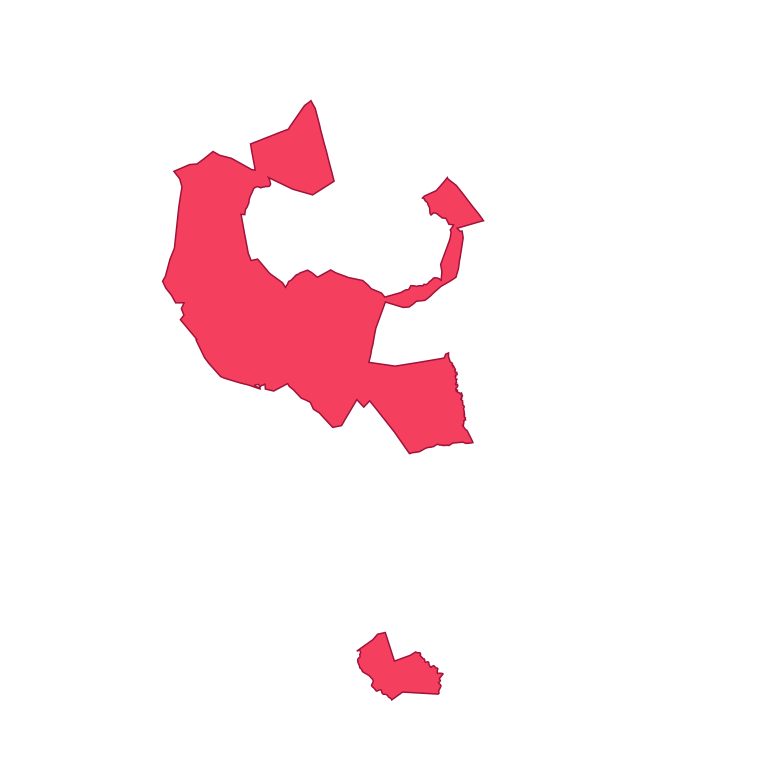 Asunción Nochixtlán, Oaxaca, Mexico, rotated 328°
{"feature_id": "50627088B53050207097462", "entity_name": "Asunción Nochixtlán", "entity_type": "district", "adm_level": 2, "iso_a3": "MEX", "parent_name": "Mexico", "parent_adm1": "Oaxaca", "projection": "natural_earth1", "projection_center": [-97.155, 17.382], "detail": "fine", "context": "isolated", "style": "filled", "palette": "rose", "viewbox_px": 768, "rotation_deg": 328, "n_neighbors": 0, "source": "geoboundaries", "source_scale": "gbopen_adm2", "svg_char_len": 6155}
<svg xmlns="http://www.w3.org/2000/svg" viewBox="0 0 768 768"><g transform="rotate(328 384 384)"><path d="M472.2,105.0L470.2,105.3L464.7,105.7L464.0,105.8L439.6,116.3L438.3,117.3L429.8,115.6L398.0,109.7L397.4,111.3L395.7,115.2L388.2,134.3L385.4,132.1L374.3,111.9L365.8,102.9L362.2,96.2L350.8,97.6L342.0,98.3L335.4,94.9L318.5,92.3L319.5,101.7L317.3,109.2L316.9,110.1L311.2,116.5L303.6,125.4L278.2,157.8L268.6,164.8L255.6,176.9L250.7,179.5L249.8,186.8L250.8,196.4L250.3,204.8L254.7,207.5L257.0,208.8L257.5,209.2L252.1,212.7L250.8,219.6L245.4,221.6L248.9,246.9L248.0,247.0L247.4,251.9L245.8,266.5L246.4,273.7L249.4,291.1L251.1,293.6L253.3,296.3L262.6,306.9L268.6,313.1L275.7,321.9L276.4,322.5L276.8,321.4L273.4,317.7L273.7,316.5L277.2,317.7L277.7,320.7L279.7,320.3L280.8,320.9L282.8,320.9L282.7,321.7L280.7,325.4L286.7,331.5L302.5,332.6L302.4,336.0L304.1,340.8L306.3,352.1L308.7,355.5L311.8,360.4L310.8,368.0L313.8,374.1L317.5,393.6L325.9,396.8L332.3,393.4L352.7,382.9L354.6,392.9L362.9,390.7L363.1,392.2L364.3,402.0L367.4,430.5L368.7,456.5L369.2,456.8L370.1,457.0L370.6,456.9L377.9,460.1L381.1,460.4L382.9,460.4L384.8,460.5L387.3,461.0L390.2,462.4L392.3,463.1L393.0,463.4L394.0,463.3L395.2,463.3L397.3,463.4L397.6,463.5L397.7,463.8L398.2,464.2L398.4,464.8L399.0,465.4L399.7,465.8L400.2,466.2L400.6,466.3L401.5,467.6L402.4,467.7L402.8,468.3L403.8,468.6L404.3,469.2L405.1,469.3L406.1,470.2L406.5,470.4L406.6,470.6L409.2,470.5L411.4,470.7L413.9,472.0L419.9,475.0L420.9,476.3L421.7,477.5L424.5,479.2L428.3,480.8L428.6,479.9L429.5,470.8L429.7,468.2L429.7,467.0L429.1,466.1L428.9,465.0L428.8,460.9L429.5,461.1L430.1,460.2L430.8,459.6L431.4,458.7L431.8,458.4L432.2,457.4L434.2,457.6L434.4,456.2L435.1,455.9L435.0,455.5L434.7,454.4L435.1,454.0L435.4,452.8L436.1,452.8L436.5,451.4L436.9,450.9L437.2,450.2L437.9,448.4L438.4,447.0L439.2,446.5L440.0,445.8L440.1,444.3L439.7,443.2L441.1,441.3L441.2,441.0L441.2,440.4L441.8,439.8L441.0,437.7L441.2,437.4L442.5,437.3L442.7,436.4L442.8,436.1L443.8,436.0L444.4,435.3L443.9,434.7L444.6,434.0L444.9,432.7L443.5,432.7L443.5,431.8L442.4,430.6L442.4,429.8L441.7,428.9L442.6,428.7L443.0,428.1L441.7,427.4L441.9,427.0L442.4,426.7L442.3,426.2L442.8,425.7L443.9,425.6L445.3,425.0L446.1,423.4L444.5,422.6L444.7,421.7L446.2,421.4L446.6,420.2L447.3,419.1L448.3,418.7L447.6,417.9L448.5,415.2L449.2,415.4L449.7,414.4L451.0,414.8L451.9,412.6L450.7,412.2L451.1,410.2L451.7,410.1L452.2,409.5L452.4,406.7L451.9,406.2L452.4,405.9L452.6,405.5L451.7,404.3L451.9,404.0L452.7,403.5L452.9,402.9L452.8,402.3L452.6,401.8L452.3,401.0L451.7,400.0L452.2,399.1L453.2,395.0L453.9,393.9L455.2,391.8L452.0,391.4L450.6,392.6L449.1,393.8L446.6,393.0L432.3,387.1L427.9,385.3L418.6,381.4L403.0,374.8L382.6,357.6L387.5,353.0L392.0,347.9L395.4,344.7L401.1,338.3L406.6,332.4L428.6,315.2L440.8,329.2L446.1,332.0L451.6,331.6L455.3,331.0L459.8,333.2L462.9,334.7L466.4,334.5L469.9,334.0L474.4,333.0L483.9,331.4L495.2,331.8L501.6,331.6L508.5,325.4L513.6,319.1L515.5,317.2L528.6,302.0L531.3,295.7L529.5,294.9L528.6,290.7L551.6,297.2L554.9,298.3L554.5,291.3L553.0,278.3L551.7,264.3L551.3,260.6L550.5,253.8L547.6,245.9L546.9,243.6L547.1,242.5L542.0,244.3L531.3,247.6L530.9,247.7L518.4,246.1L517.6,246.1L515.2,246.6L516.2,248.1L516.0,250.5L517.0,253.3L516.5,254.5L516.0,258.7L513.4,263.8L513.5,265.6L516.3,265.2L517.1,265.4L518.9,267.1L521.4,274.1L524.3,276.3L523.7,283.0L527.3,285.9L526.9,286.3L521.9,288.4L521.3,290.7L520.3,292.2L519.2,293.2L518.1,294.7L515.3,297.2L495.4,312.6L492.5,319.6L487.4,326.3L486.7,324.2L485.5,322.5L483.6,320.9L482.1,320.4L480.5,320.8L478.4,321.2L476.6,321.3L474.3,322.1L472.2,322.0L470.8,320.6L468.8,321.2L467.4,320.2L465.7,319.2L463.2,318.4L461.6,316.7L460.0,315.6L458.9,314.8L455.6,316.7L454.1,316.7L452.3,315.7L448.6,315.4L446.8,315.4L430.7,310.7L430.0,305.4L423.6,296.4L422.8,291.4L420.8,285.0L410.4,275.0L402.0,264.1L399.2,259.0L386.0,258.3L384.1,258.1L381.8,251.4L379.6,247.0L371.7,245.3L368.3,245.5L368.1,245.0L367.3,245.0L360.2,246.8L357.5,246.5L354.9,248.3L351.6,249.8L351.6,244.3L345.7,229.8L343.0,211.1L336.7,208.9L338.2,201.1L343.9,186.5L343.9,186.4L352.7,164.3L355.7,166.6L356.4,165.6L357.7,164.1L358.3,163.4L359.5,162.3L361.4,161.6L361.9,161.2L362.7,160.8L363.7,159.8L364.8,159.3L365.5,158.5L366.1,157.9L367.2,156.3L368.3,155.5L369.4,154.4L370.3,153.8L370.8,153.4L372.4,152.4L373.6,151.7L375.7,150.2L376.7,149.3L378.6,149.0L380.4,149.3L381.4,149.7L383.0,151.6L383.5,152.4L385.2,152.6L385.6,152.9L387.3,153.6L388.3,153.7L389.3,154.6L389.9,154.7L390.5,155.2L391.6,155.5L393.1,154.9L393.9,154.2L394.1,153.4L394.3,152.7L395.1,150.5L395.5,147.7L396.0,148.6L404.9,162.6L409.8,170.4L423.7,185.8L449.1,185.6L451.4,178.5L456.3,162.7L458.4,156.4L460.7,148.4L465.0,134.7L466.7,129.9L471.7,113.9L471.9,109.2L472.2,105.0ZM265.6,675.7L266.8,675.4L267.5,673.8L268.0,673.1L271.5,670.9L272.5,669.9L272.4,668.4L272.0,667.5L272.0,666.1L273.6,666.0L274.6,665.5L274.8,663.2L280.4,661.2L280.2,660.5L277.8,658.6L276.0,657.9L276.1,657.1L277.6,655.0L278.7,654.3L278.7,653.2L277.5,652.1L277.2,649.8L276.7,649.1L275.0,648.9L274.0,649.3L273.5,649.0L273.4,647.0L273.6,645.5L274.4,643.8L274.1,642.8L272.0,642.2L271.5,641.4L271.6,640.9L272.1,640.2L272.3,639.3L272.4,638.4L271.6,637.4L270.8,633.1L271.8,632.6L272.2,631.5L271.9,630.8L269.8,629.6L269.3,628.7L268.8,628.0L262.5,628.0L246.0,624.5L253.4,595.4L245.9,592.8L239.2,594.9L219.4,596.1L221.4,596.6L222.2,596.3L222.8,596.2L222.4,596.6L222.3,597.0L222.3,598.2L221.6,599.6L221.1,600.0L220.5,600.2L220.0,600.6L219.7,601.8L219.0,602.7L217.2,603.1L216.1,603.4L215.2,604.4L214.7,605.5L214.3,606.8L214.1,607.9L213.9,609.7L213.1,611.8L213.3,612.7L213.8,614.2L213.4,615.9L213.7,617.4L216.8,623.2L217.0,624.2L217.3,625.1L217.3,626.3L217.5,627.1L217.8,628.0L217.7,629.3L217.2,630.6L215.7,631.7L214.8,632.2L213.8,632.7L213.6,633.7L213.7,634.8L214.1,635.6L214.6,638.2L214.6,639.7L215.2,640.7L215.8,640.8L216.3,640.8L217.0,640.9L217.8,640.9L218.6,641.3L219.4,642.2L219.2,643.3L218.7,644.3L218.6,645.0L218.7,645.8L219.0,646.7L219.5,647.1L220.3,647.5L221.2,648.4L222.0,650.0L221.9,651.5L222.2,652.5L222.7,653.3L223.4,655.4L223.2,656.0L236.5,655.1L265.6,675.7Z" fill="#f43f5e" stroke="#9f1239" stroke-width="1.5"/></g></svg>